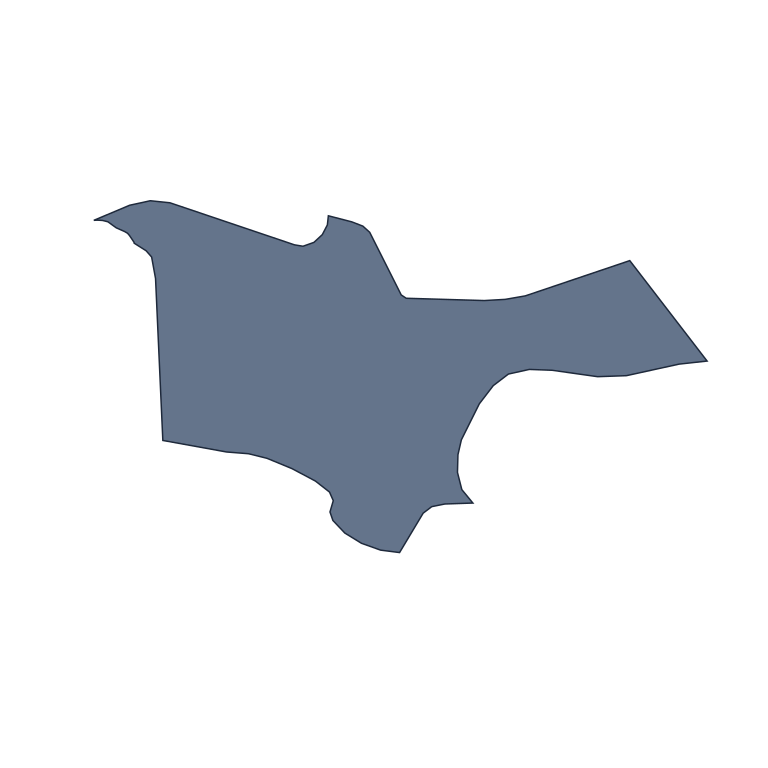 an SVG outline of Nueva Vizcaya, rotated 280°
{"feature_id": "PHL-2553", "entity_name": "Nueva Vizcaya", "entity_type": "Province", "adm_level": 1, "iso_a3": "PHL", "parent_name": "Philippines", "parent_adm1": "", "projection": "equal_earth", "projection_center": [121.162, 16.271], "detail": "fine", "context": "isolated", "style": "filled", "palette": "slate", "viewbox_px": 768, "rotation_deg": 280, "n_neighbors": 0, "source": "natural_earth", "source_scale": "10m", "svg_char_len": 934}
<svg xmlns="http://www.w3.org/2000/svg" viewBox="0 0 768 768"><g transform="rotate(280 384 384)"><path d="M548.2,604.6L462.7,698.2L454.8,671.1L434.3,621.3L428.3,593.1L426.7,547.1L423.6,524.6L415.4,504.8L401.4,491.9L381.0,481.3L342.5,469.9L327.2,469.1L309.7,471.7L293.5,479.0L282.2,492.2L276.4,464.8L271.5,452.3L263.6,445.0L220.7,428.6L219.8,409.5L223.2,389.5L230.4,371.3L240.7,357.4L248.6,353.0L260.3,354.3L268.1,349.1L276.5,333.3L284.7,308.0L290.5,281.6L291.8,262.7L289.7,240.7L290.0,176.0L448.2,140.7L468.7,133.1L473.9,126.6L479.3,113.5L480.2,113.2L486.0,107.6L487.9,105.3L489.1,102.1L491.3,93.2L495.8,83.9L496.2,78.4L495.6,73.4L494.8,69.8L515.9,102.5L520.7,114.3L523.9,122.0L525.3,141.7L505.5,271.7L505.6,280.3L511.3,290.4L520.4,297.3L530.8,300.6L540.0,300.0L538.1,324.1L535.8,335.8L530.9,343.6L474.7,385.5L472.3,391.0L483.6,468.3L488.4,488.7L495.3,507.8L548.2,604.6Z" fill="#64748b" stroke="#1e293b" stroke-width="1.5"/></g></svg>